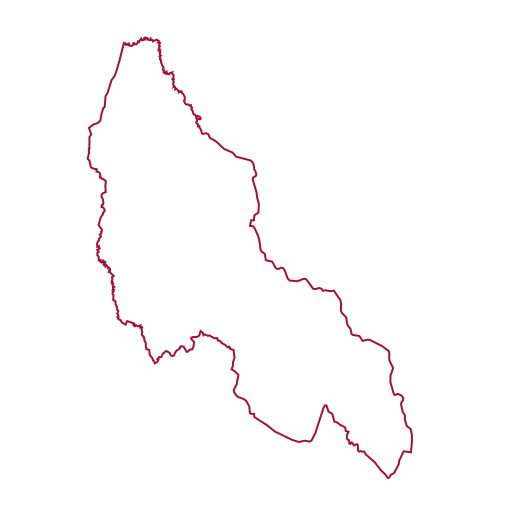 Mae Poen, Nakhon Sawan, Thailand (Equal Earth projection), rotated 190°
{"feature_id": "78962969B91694017140585", "entity_name": "Mae Poen", "entity_type": "district", "adm_level": 2, "iso_a3": "THA", "parent_name": "Thailand", "parent_adm1": "Nakhon Sawan", "projection": "equal_earth", "projection_center": [99.442, 15.681], "detail": "fine", "context": "isolated", "style": "outline", "palette": "rose", "viewbox_px": 512, "rotation_deg": 190, "n_neighbors": 0, "source": "geoboundaries", "source_scale": "gbopen_adm2", "svg_char_len": 6098}
<svg xmlns="http://www.w3.org/2000/svg" viewBox="0 0 512 512"><g transform="rotate(190 256 256)"><path d="M381.8,171.8L380.8,171.8L381.0,170.6L380.3,169.7L378.1,169.4L376.7,167.3L372.6,165.7L371.6,169.5L364.2,168.4L363.9,167.6L364.8,167.4L364.8,166.8L363.1,165.7L362.2,167.0L360.1,166.2L357.7,167.7L357.6,165.6L356.2,166.2L355.6,165.6L356.4,164.8L354.7,161.0L355.0,159.6L354.4,158.1L352.7,157.3L352.2,156.4L352.4,155.7L351.6,155.2L351.0,153.0L349.4,151.2L348.7,147.1L347.9,146.5L347.9,145.3L344.8,144.9L343.4,140.1L340.3,137.4L339.2,135.2L337.9,134.4L337.0,132.7L334.7,134.8L334.1,136.8L335.1,137.1L335.1,137.8L334.2,138.3L333.9,139.6L331.9,139.9L330.7,143.6L328.0,146.9L324.4,145.7L322.6,143.3L320.7,143.0L319.3,144.1L319.2,145.8L317.9,148.9L315.0,151.6L315.2,152.4L314.3,154.1L311.5,154.2L307.7,149.6L306.8,149.7L304.9,152.4L302.7,152.9L301.9,155.2L301.9,160.3L305.5,163.2L305.6,163.9L304.7,165.0L299.9,166.1L298.5,167.4L298.0,168.1L297.5,172.5L295.2,171.4L294.0,168.9L293.3,169.9L289.5,169.1L288.3,169.7L282.8,167.8L279.8,168.3L279.0,166.2L278.1,166.4L275.2,165.2L275.0,164.5L270.8,163.0L268.4,161.2L267.5,161.2L266.8,162.1L265.6,161.0L265.4,160.0L261.8,159.6L259.5,152.1L260.2,147.0L259.7,143.8L260.4,140.1L257.7,139.2L252.7,135.9L252.8,126.3L254.7,120.2L253.8,117.9L250.8,115.0L249.4,114.1L242.8,112.9L240.2,111.3L236.5,106.7L234.8,100.5L233.6,99.8L230.4,100.1L229.9,97.7L229.2,96.9L216.0,91.4L207.1,86.5L188.1,81.1L181.4,80.3L175.8,82.6L170.9,82.5L169.4,83.7L166.9,91.5L163.1,118.3L162.2,120.9L161.1,121.2L160.4,120.7L157.6,115.3L153.9,114.0L153.0,113.0L150.2,106.7L146.3,105.9L144.3,104.5L139.2,103.0L138.0,101.8L137.3,99.3L134.4,98.9L135.2,95.8L134.9,92.4L134.2,91.3L132.3,90.6L131.5,87.5L130.5,87.3L130.1,88.6L129.3,89.1L126.5,86.4L124.1,88.2L123.5,88.1L122.7,86.9L121.7,82.0L120.4,81.3L119.3,82.0L117.5,81.7L115.4,82.2L113.4,79.6L103.4,73.6L95.5,66.5L90.8,63.4L87.5,60.2L86.2,61.1L85.3,63.9L82.3,66.2L79.3,75.6L79.5,78.9L76.7,89.3L69.3,89.6L70.2,100.1L71.4,106.7L73.6,112.4L78.0,114.7L81.1,121.0L81.6,124.8L84.5,127.9L87.5,135.4L87.3,137.3L86.2,139.3L86.3,141.6L88.5,143.9L91.0,144.5L92.3,144.8L94.9,143.3L96.2,143.8L101.7,155.0L102.8,161.4L101.5,169.4L106.7,176.7L107.8,183.2L108.8,185.5L116.4,189.3L129.5,193.2L131.2,193.1L136.3,190.9L140.4,195.2L147.0,195.1L148.3,195.7L150.4,200.7L153.5,203.5L154.7,205.7L156.5,211.2L161.4,214.7L163.0,217.1L163.9,223.6L165.2,227.1L173.3,235.4L176.9,234.2L181.6,234.3L184.0,233.3L185.6,235.0L188.2,235.5L192.4,233.5L193.9,233.6L201.9,241.3L203.6,242.0L204.9,241.9L210.9,238.3L218.6,237.7L220.8,239.2L224.9,246.4L227.1,248.7L228.9,249.0L231.7,247.1L233.3,247.0L234.7,247.7L238.9,253.2L245.5,253.6L247.8,259.7L251.3,261.3L252.6,263.0L255.5,272.2L257.2,275.8L261.9,282.8L264.0,284.8L267.1,284.6L267.0,290.4L264.3,290.7L264.6,295.8L261.2,299.1L262.1,307.5L265.1,313.9L266.7,319.2L272.4,330.5L272.5,332.6L269.9,335.1L269.8,336.1L271.3,339.4L272.6,340.7L273.9,344.8L275.5,347.6L278.0,349.2L292.7,350.3L297.0,353.8L305.8,355.8L315.4,362.0L322.0,364.4L324.2,367.8L326.7,368.2L329.4,367.0L330.5,367.3L332.4,371.1L334.0,372.6L334.3,374.1L335.7,373.6L336.1,375.9L337.6,376.3L338.1,377.3L337.5,378.4L338.1,381.0L334.8,380.9L334.4,381.4L334.8,382.9L338.0,383.9L339.1,382.2L340.4,384.5L342.2,384.9L343.3,386.8L343.4,387.8L345.2,389.3L344.6,391.0L346.0,391.8L346.3,393.2L347.5,392.6L348.8,393.5L351.1,393.0L352.7,394.5L353.9,396.3L353.3,397.1L353.7,400.1L355.8,403.0L357.1,403.5L357.5,404.8L358.2,405.2L358.9,404.5L359.4,405.0L360.5,403.8L361.0,405.1L363.3,406.8L364.5,406.0L364.6,407.5L365.7,408.9L366.5,408.2L366.4,409.2L367.7,411.3L367.1,412.9L368.1,414.4L367.6,415.7L368.9,415.8L368.3,416.7L368.5,419.8L370.6,421.3L370.4,422.3L373.0,420.8L373.2,419.8L375.3,420.2L375.8,421.4L376.1,420.2L376.8,421.3L377.6,420.1L379.0,421.0L378.9,423.1L380.1,423.4L379.8,425.9L381.7,427.5L382.1,428.9L383.3,430.3L383.2,431.6L384.1,432.4L384.1,433.2L384.8,433.3L384.9,435.4L385.6,435.9L384.6,437.0L385.4,437.5L386.2,439.8L385.7,440.2L386.5,440.8L386.1,441.7L387.4,441.6L386.9,442.8L387.8,442.8L387.6,444.7L387.0,445.7L388.1,446.7L387.6,449.2L389.6,449.2L388.9,450.8L391.5,451.8L394.9,449.4L395.6,450.8L396.9,450.5L397.5,451.8L398.1,450.4L399.4,450.1L400.1,451.0L400.7,450.6L401.0,451.7L402.8,451.8L402.9,450.9L403.5,451.7L403.9,451.4L404.1,449.3L405.6,448.7L406.5,449.8L406.5,448.8L407.3,449.1L408.1,448.0L408.3,446.5L409.4,446.8L409.4,445.7L410.7,443.6L412.0,443.6L412.7,444.4L413.9,444.1L413.4,442.7L415.4,441.1L416.9,441.3L418.0,443.0L418.5,441.6L419.7,442.4L420.4,441.4L421.1,441.5L421.7,442.7L422.4,442.3L423.1,442.8L424.4,424.0L425.5,414.6L426.4,409.1L428.8,404.1L430.5,390.9L431.9,387.2L430.9,376.5L432.1,375.1L432.8,369.6L432.8,362.2L435.0,359.5L439.1,357.1L442.7,353.2L439.4,347.0L440.7,344.1L438.7,332.9L439.1,332.8L438.8,330.1L438.3,329.2L438.7,322.6L436.6,321.0L434.0,314.6L430.9,313.7L428.1,313.9L427.7,311.4L426.1,311.6L424.0,310.3L423.4,308.9L423.4,306.2L422.2,306.3L421.6,305.4L420.2,305.4L417.1,303.9L416.7,302.5L416.7,299.6L415.1,292.8L417.5,291.4L418.7,289.3L418.4,287.5L416.7,285.3L415.5,282.0L415.6,280.2L416.6,279.5L416.6,277.4L415.0,277.4L412.9,274.9L413.0,273.6L414.1,272.2L414.1,270.3L415.6,267.2L416.4,259.7L416.2,258.9L412.3,255.2L412.1,253.9L412.7,253.0L412.1,251.9L413.5,249.8L412.3,248.9L412.3,247.7L413.6,245.8L413.3,244.0L414.2,242.9L414.7,240.8L413.9,237.4L412.4,238.4L411.3,236.3L413.4,234.4L411.6,232.7L412.8,231.4L412.3,229.1L410.9,228.2L410.1,224.4L408.8,223.7L408.8,224.7L408.2,225.0L407.9,223.5L406.9,222.8L406.0,223.6L405.7,225.1L405.3,225.0L405.2,223.5L403.3,223.8L403.3,223.0L404.8,222.3L404.4,220.7L403.2,221.1L402.5,219.5L401.7,220.9L400.5,220.1L399.7,218.3L398.5,219.0L397.2,217.4L397.2,216.1L398.1,216.2L398.2,214.7L397.5,214.9L392.7,211.6L394.2,210.0L393.4,208.1L393.7,205.8L392.9,205.6L393.2,204.9L392.1,204.1L392.9,203.4L391.3,201.8L391.5,201.0L390.4,200.8L391.3,199.9L391.0,199.1L391.2,197.9L390.3,198.0L391.0,196.8L390.0,196.4L390.8,195.1L390.6,193.4L389.5,192.8L389.0,187.9L386.5,187.1L386.0,184.3L384.2,181.8L383.6,179.2L382.0,177.9L382.7,175.3L381.3,174.0L381.8,171.8Z" fill="none" stroke="#9f1239" stroke-width="2"/></g></svg>